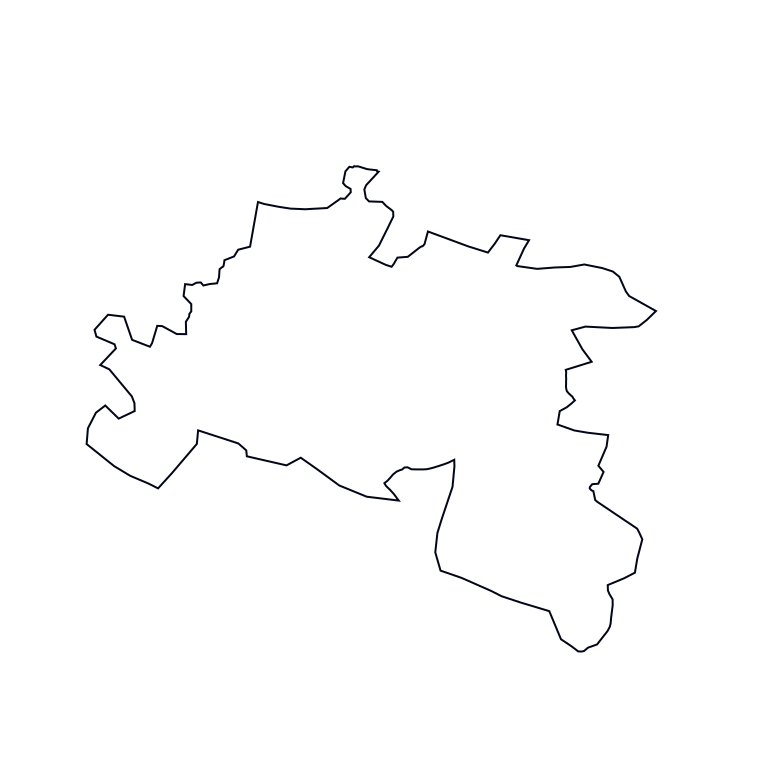 outline of Bindawa, Katsina, Nigeria, rotated 106°
{"feature_id": "59680162B3936014826761", "entity_name": "Bindawa", "entity_type": "district", "adm_level": 2, "iso_a3": "NGA", "parent_name": "Nigeria", "parent_adm1": "Katsina", "projection": "equal_earth", "projection_center": [7.884, 12.708], "detail": "fine", "context": "isolated", "style": "outline", "palette": "ink", "viewbox_px": 768, "rotation_deg": 106, "n_neighbors": 0, "source": "geoboundaries", "source_scale": "gbopen_adm2", "svg_char_len": 2945}
<svg xmlns="http://www.w3.org/2000/svg" viewBox="0 0 768 768"><g transform="rotate(106 384 384)"><path d="M225.3,383.8L238.4,383.6L241.0,384.9L241.4,385.9L243.2,387.5L255.2,396.2L258.8,405.9L266.5,407.9L269.2,409.0L269.0,415.0L266.2,433.2L252.4,427.0L232.9,423.4L220.4,421.2L215.8,422.7L214.6,424.9L212.2,431.1L209.4,435.8L212.6,448.7L210.3,452.7L202.5,456.5L197.9,456.0L181.4,447.7L181.5,449.2L180.5,449.8L181.1,453.3L181.5,455.5L182.1,459.4L181.9,468.9L182.6,471.1L182.9,472.3L182.8,472.7L184.4,473.7L184.8,477.2L190.3,479.7L202.2,478.7L204.4,475.2L205.7,469.9L208.9,468.8L216.8,472.7L217.7,477.0L219.5,478.3L230.5,487.1L237.7,507.8L241.2,522.3L242.7,534.2L244.0,549.0L243.8,555.3L288.9,550.6L295.1,561.2L302.7,563.3L309.0,571.5L311.5,571.1L314.9,570.8L316.0,571.4L316.6,572.1L319.0,573.7L320.0,573.5L326.9,572.0L333.2,572.2L336.0,579.2L339.1,584.8L336.9,588.1L338.3,592.2L341.7,595.7L342.8,602.7L354.7,600.9L360.3,591.3L367.3,589.3L370.2,590.4L373.2,589.9L378.8,591.6L390.6,587.9L393.1,597.0L389.5,613.1L390.6,618.0L408.7,618.2L412.7,619.3L411.0,638.3L390.9,652.4L393.5,668.4L411.7,677.2L417.7,673.5L420.1,654.0L423.7,651.5L444.0,662.0L445.6,652.1L465.4,623.0L471.2,618.6L478.7,616.2L490.4,629.5L481.5,646.0L491.0,653.0L508.2,656.4L523.7,653.3L537.3,620.8L542.2,602.7L544.6,583.0L546.6,572.4L528.2,563.3L493.2,547.4L479.8,549.9L481.3,507.6L485.8,498.1L491.3,495.9L489.1,455.3L477.8,443.7L483.9,426.1L493.9,398.9L497.1,369.5L492.0,337.7L490.5,339.7L487.1,344.1L484.2,348.8L481.4,354.0L479.2,356.3L476.2,354.1L472.5,352.2L468.5,350.4L464.8,347.8L462.5,345.0L461.2,343.0L458.6,341.3L457.6,338.3L458.4,334.1L457.0,328.7L456.4,326.7L455.4,323.1L454.2,319.6L453.3,317.8L451.2,314.1L448.0,309.2L444.6,304.2L442.0,300.6L437.5,295.6L443.7,293.6L463.9,289.8L498.5,291.3L512.5,291.6L531.7,288.3L547.8,278.2L549.0,256.0L553.4,223.9L555.6,212.3L556.4,192.3L556.5,185.0L556.8,162.5L580.6,143.5L581.5,140.6L584.5,131.3L587.5,123.7L586.8,120.5L585.6,118.2L581.2,115.2L575.6,107.4L559.8,101.0L554.9,100.0L551.4,100.2L547.0,101.1L533.6,103.2L528.0,104.9L523.7,109.5L520.8,111.8L515.6,113.5L504.6,99.7L496.2,90.8L482.2,92.4L462.1,92.9L456.6,97.6L453.3,100.7L444.7,127.3L439.5,143.3L438.5,146.4L437.3,149.0L429.3,153.2L429.0,155.3L427.8,157.4L426.3,157.7L425.1,157.2L422.9,156.2L420.8,150.5L408.0,148.7L403.5,155.4L382.9,152.8L371.3,154.4L374.7,174.8L376.2,188.2L375.1,206.1L361.6,207.6L356.1,202.0L351.5,198.7L347.1,196.0L345.9,197.7L344.2,199.5L343.5,201.1L342.1,203.8L340.6,206.1L339.5,206.9L336.6,208.3L334.0,208.9L332.0,209.5L328.5,210.4L325.6,211.4L322.8,212.0L320.3,213.2L305.4,190.5L296.0,202.8L280.6,218.3L273.3,206.2L267.2,179.9L260.4,159.3L258.4,155.1L250.1,149.1L238.9,142.7L231.9,172.5L228.5,176.9L216.1,187.3L212.8,195.0L212.4,206.1L213.9,224.4L220.1,237.1L224.9,251.9L231.1,268.5L233.9,288.4L233.5,289.5L215.0,286.7L205.8,284.2L208.9,313.1L218.8,316.3L229.0,320.3L228.5,340.8L225.3,383.8Z" fill="none" stroke="#020617" stroke-width="2"/></g></svg>